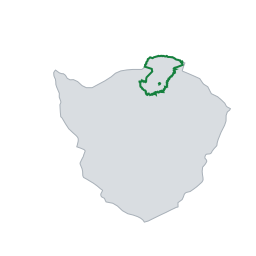 Hurungwe, Mashonaland West, Zimbabwe (highlighted), rotated 21°
{"feature_id": "62879985B85730198836463", "entity_name": "Hurungwe", "entity_type": "district", "adm_level": 2, "iso_a3": "ZWE", "parent_name": "Zimbabwe", "parent_adm1": "Mashonaland West", "projection": "orthographic", "projection_center": [29.665, -16.521], "detail": "fine", "context": "in_parent", "style": "outline", "palette": "green", "viewbox_px": 256, "rotation_deg": 21, "n_neighbors": 0, "source": "geoboundaries", "source_scale": "gbopen_adm2", "svg_char_len": 6633}
<svg xmlns="http://www.w3.org/2000/svg" viewBox="0 0 256 256"><g transform="rotate(21 128 128)"><path d="M177.0,210.0L175.0,208.6L172.3,207.7L168.8,207.3L164.2,207.4L158.6,208.1L152.5,207.2L146.1,204.6L140.8,203.7L134.4,204.8L134.1,204.9L133.0,204.0L131.2,202.1L128.3,201.8L127.5,201.4L126.9,200.7L126.4,199.8L126.3,198.8L126.7,195.7L126.5,195.3L125.7,195.0L124.1,194.6L120.2,193.2L115.4,191.9L107.5,190.5L104.4,190.1L103.7,189.6L102.8,188.5L101.3,185.0L99.8,182.6L96.4,179.0L95.8,177.9L96.0,175.0L96.2,172.7L96.5,170.7L96.3,168.9L96.3,166.6L96.3,165.1L95.9,164.4L94.6,163.9L91.1,163.8L86.9,163.9L86.7,161.6L86.2,158.0L85.4,155.9L84.4,154.8L82.4,153.7L78.4,152.2L73.0,150.0L68.3,146.6L62.9,142.3L61.2,141.6L59.2,137.6L56.1,130.7L56.2,128.4L55.7,127.2L52.8,123.9L52.1,122.1L51.5,120.3L46.8,115.4L45.1,113.3L43.9,110.5L42.6,108.3L41.6,107.4L40.2,105.9L39.3,104.1L38.8,102.9L39.1,101.1L39.6,99.9L44.0,101.1L46.4,101.1L48.3,100.5L50.7,101.2L53.5,103.4L56.6,103.8L59.8,102.4L64.3,102.7L69.9,104.9L74.6,105.3L80.1,103.2L84.9,97.6L89.5,92.3L94.0,86.2L96.7,81.3L100.8,77.3L106.1,74.2L111.5,71.6L119.9,68.4L121.5,65.8L122.1,62.9L122.0,58.9L122.5,56.4L123.3,55.2L124.7,54.3L126.5,53.1L132.0,50.1L136.7,48.2L142.3,46.9L148.5,46.9L154.4,46.9L157.8,46.9L157.8,50.7L158.1,55.0L158.7,55.4L163.2,55.5L170.4,55.8L177.3,56.2L181.7,59.3L183.1,60.0L187.7,60.9L193.5,66.1L200.5,66.7L205.3,68.4L209.5,70.2L212.0,72.4L213.5,72.9L215.7,73.1L216.7,73.3L216.5,74.8L215.0,77.4L215.1,81.1L217.0,86.3L217.2,90.8L216.4,98.7L216.3,106.4L216.5,109.1L216.8,111.0L217.2,112.0L217.1,113.1L215.8,116.3L214.8,119.7L214.8,121.0L214.4,122.0L213.7,122.8L210.7,124.3L210.1,125.3L210.1,127.0L210.5,128.5L211.6,129.1L212.9,129.9L213.5,131.0L213.4,132.2L213.0,134.3L211.7,137.8L212.8,142.0L214.1,144.6L215.9,147.7L216.7,149.6L216.6,151.0L216.3,152.3L213.4,157.9L211.3,161.3L208.8,165.0L205.5,167.3L204.7,168.4L204.3,169.7L204.4,172.5L204.2,175.4L201.4,179.8L203.0,183.7L202.6,184.1L201.7,184.6L197.6,188.9L193.6,193.3L190.6,196.4L187.2,200.0L183.4,204.1L180.2,207.6L177.0,210.0Z" fill="#d9dde1" stroke="#a8b0b8" stroke-width="1"/><path d="M133.1,90.0L133.5,90.1L133.6,89.9L133.8,89.9L134.1,89.9L134.3,90.0L134.4,89.8L134.4,89.6L134.5,89.4L134.5,89.1L134.9,89.2L135.1,89.1L135.1,88.9L135.2,88.6L135.7,89.0L135.8,89.0L136.1,89.0L136.4,89.2L136.6,89.2L137.1,89.0L137.0,88.8L137.1,89.0L137.1,88.7L137.4,88.6L137.5,88.5L137.6,88.4L137.6,88.5L137.7,88.4L137.8,88.2L138.0,88.4L138.2,88.2L138.5,88.2L138.8,87.8L139.0,87.4L139.2,87.6L139.3,87.4L139.5,87.4L139.6,87.2L139.9,87.1L140.1,86.8L140.7,86.8L141.2,86.5L141.4,86.6L141.5,86.5L141.6,86.3L141.8,86.4L141.7,86.2L141.4,86.0L141.3,85.6L141.3,85.4L141.2,85.3L141.1,85.0L140.7,84.9L140.8,84.8L140.7,84.8L140.8,84.7L140.9,84.8L141.0,84.5L141.4,84.4L141.6,84.4L141.7,84.5L141.8,84.4L142.0,84.3L142.4,84.0L142.5,84.0L142.8,83.9L142.9,84.0L143.2,83.8L143.2,83.6L143.9,83.9L145.2,82.7L144.8,82.1L145.8,81.3L145.9,81.6L146.2,82.1L146.4,82.2L146.5,82.3L146.7,82.2L146.9,82.2L147.0,82.2L147.3,82.0L147.3,81.9L147.5,81.9L147.4,81.4L147.7,81.4L147.4,81.1L147.7,80.8L147.5,80.5L147.8,80.2L147.8,79.8L148.0,79.6L147.9,79.4L148.0,79.4L148.0,79.2L148.1,78.9L148.2,78.7L148.3,78.4L148.0,78.2L148.0,77.9L148.1,77.6L148.1,77.4L148.2,77.2L148.4,76.9L148.2,76.7L148.5,76.5L148.4,76.4L148.6,76.4L148.6,76.2L148.8,76.1L148.7,76.0L149.1,75.9L149.0,75.7L149.3,75.5L149.1,75.4L149.1,75.2L149.3,75.1L149.2,74.9L149.3,74.6L149.3,74.2L149.2,74.1L149.2,73.9L149.0,73.6L148.8,73.4L148.8,73.2L148.7,72.6L148.7,72.4L148.4,72.5L148.4,72.3L148.2,72.0L148.2,71.9L147.9,71.6L148.0,71.5L148.0,71.4L147.8,71.2L148.0,70.8L148.0,70.6L148.1,70.4L147.9,70.1L148.1,70.0L147.9,69.8L148.2,69.6L148.1,69.4L148.1,69.0L148.2,68.9L148.4,68.8L148.4,68.7L148.2,68.6L148.3,68.2L147.9,68.0L148.1,68.0L148.1,67.7L148.3,67.7L148.4,67.4L148.5,67.5L148.6,67.4L148.7,67.1L148.8,67.1L148.7,66.5L148.9,66.3L149.0,66.4L149.0,66.1L148.9,65.9L148.9,65.7L149.2,65.6L149.3,65.2L149.6,65.0L149.8,64.7L149.7,64.3L149.9,64.0L149.9,63.8L150.1,63.8L150.0,63.5L150.3,63.2L150.6,63.2L150.7,62.9L150.7,62.6L150.7,62.4L150.8,62.3L150.8,62.1L150.7,61.8L150.7,61.5L150.7,61.0L150.8,61.0L151.2,60.6L151.4,60.4L151.4,60.1L151.7,60.0L151.9,59.8L151.8,59.4L151.7,59.5L151.5,59.4L151.5,59.6L151.2,59.5L151.3,59.4L151.2,59.3L151.1,59.0L150.9,58.6L151.0,58.6L150.9,58.5L151.0,58.5L150.6,58.3L150.6,58.0L150.4,57.9L150.5,57.8L150.4,57.7L150.6,57.3L150.9,57.2L150.9,56.7L151.1,56.5L150.7,56.6L150.8,56.4L150.7,56.3L150.3,56.3L150.3,56.2L150.1,56.0L150.1,55.9L149.9,55.9L150.0,55.6L149.9,55.5L149.7,55.5L149.8,55.3L149.8,55.2L152.1,53.5L156.4,49.5L155.9,48.7L155.2,48.3L155.2,46.9L154.9,46.7L154.7,46.4L154.5,46.5L154.2,46.9L153.6,47.5L153.5,47.4L153.4,47.2L153.0,47.0L152.7,46.4L152.4,46.2L151.8,46.3L151.2,46.5L150.3,46.4L149.8,46.6L147.8,46.8L147.6,46.7L147.3,46.4L146.6,46.3L146.1,46.3L145.8,46.1L144.7,46.0L144.1,46.0L143.9,46.0L143.7,46.0L143.4,46.2L143.0,46.4L142.5,46.5L141.7,46.7L140.9,46.9L140.1,47.3L139.9,47.3L139.3,47.3L138.8,46.9L138.3,46.8L138.0,47.1L137.6,47.6L137.1,47.8L136.9,47.9L136.4,47.9L136.1,47.9L135.5,47.9L135.2,48.0L134.6,48.5L133.8,48.4L133.4,48.6L133.1,48.9L132.5,49.0L132.2,49.3L131.6,49.6L131.0,49.8L130.6,49.7L130.3,49.9L129.9,50.4L129.0,51.0L127.5,52.2L126.9,52.6L126.4,53.2L126.2,53.7L126.0,53.9L125.7,54.1L124.9,54.0L124.5,54.0L123.7,54.0L123.3,54.1L123.1,54.7L122.8,55.1L122.5,55.9L122.4,56.0L121.9,56.4L121.8,56.8L122.0,57.4L122.2,58.0L122.2,58.3L122.0,58.9L121.7,59.2L121.6,59.4L121.7,60.0L121.6,60.6L121.7,61.1L122.0,61.2L122.1,61.3L122.0,61.6L121.6,62.2L121.3,62.9L121.4,63.2L121.7,63.4L121.8,63.5L121.7,63.9L121.9,64.4L121.8,64.7L129.0,64.3L130.4,66.6L127.2,74.0L127.3,75.2L128.3,78.3L128.2,78.5L128.1,78.4L128.0,78.5L127.9,78.4L127.9,78.5L127.7,78.5L127.7,78.3L127.3,78.4L127.2,78.5L127.2,78.3L127.0,78.2L126.8,78.3L126.7,78.5L126.7,78.4L125.7,79.0L125.4,78.8L125.1,79.0L125.0,78.9L124.9,79.0L124.8,78.9L124.7,79.2L124.5,79.3L124.3,79.2L124.2,79.2L124.3,79.4L124.1,79.5L124.0,79.4L124.0,79.6L123.8,79.7L123.6,80.1L123.2,80.2L122.5,80.2L122.4,80.3L122.1,80.5L122.4,80.9L122.5,81.1L122.8,81.0L123.1,81.2L123.3,81.6L123.9,82.8L123.9,83.0L124.0,83.5L124.3,83.7L124.4,84.0L124.6,84.6L124.9,85.0L125.1,85.1L125.9,85.1L126.1,85.4L126.5,85.4L126.8,85.6L127.0,85.7L127.1,86.2L127.9,86.2L128.2,86.5L128.4,86.5L129.2,86.9L130.1,87.0L130.4,87.0L130.7,86.8L131.0,86.9L131.3,87.3L131.7,87.6L131.9,88.1L131.8,88.6L131.9,88.8L132.3,89.1L132.8,89.6L133.0,89.7L133.1,90.0ZM141.4,74.8L141.5,74.7L141.8,74.8L141.7,75.0L141.9,75.3L142.0,75.7L141.7,76.0L141.6,75.7L141.3,75.7L141.1,75.6L140.9,75.5L140.9,75.3L141.0,75.2L141.3,74.8L141.4,74.8Z" fill="none" stroke="#15803d" stroke-width="2"/></g></svg>